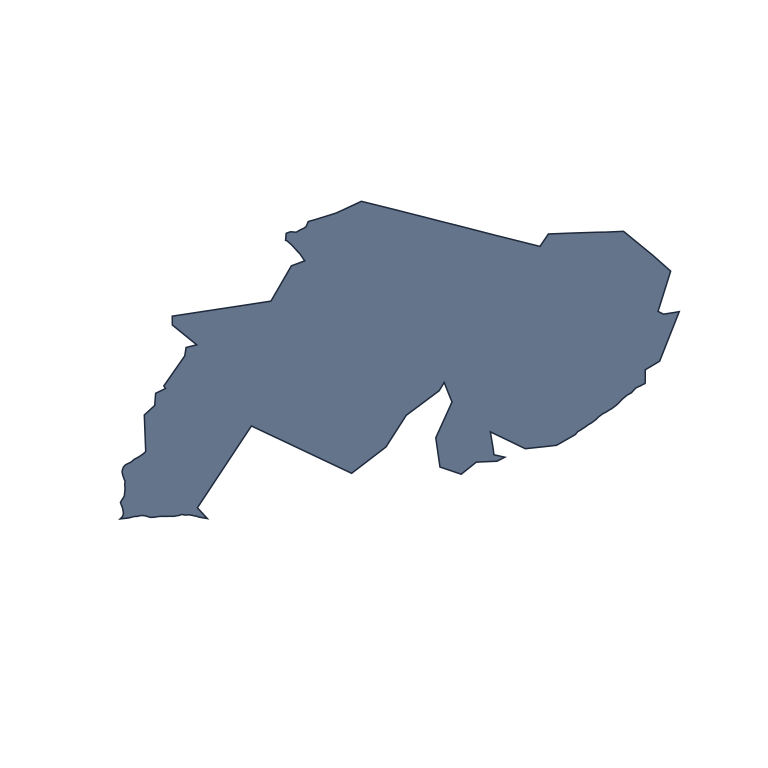 San Felipe Tejalápam, Oaxaca, Mexico (Mercator projection), rotated 36°
{"feature_id": "50627088B66881116588394", "entity_name": "San Felipe Tejalápam", "entity_type": "district", "adm_level": 2, "iso_a3": "MEX", "parent_name": "Mexico", "parent_adm1": "Oaxaca", "projection": "mercator", "projection_center": [-96.886, 17.081], "detail": "fine", "context": "isolated", "style": "filled", "palette": "slate", "viewbox_px": 768, "rotation_deg": 36, "n_neighbors": 0, "source": "geoboundaries", "source_scale": "gbopen_adm2", "svg_char_len": 2546}
<svg xmlns="http://www.w3.org/2000/svg" viewBox="0 0 768 768"><g transform="rotate(36 384 384)"><path d="M580.3,151.9L578.4,153.9L569.1,163.2L563.0,164.2L562.1,161.4L549.6,124.2L526.0,121.9L488.0,119.7L473.1,131.6L468.3,135.1L448.1,150.8L428.8,166.0L429.3,181.0L398.8,193.3L385.4,198.7L357.8,209.6L336.6,218.1L295.4,234.5L258.3,249.5L244.8,273.8L230.7,292.7L227.2,297.1L228.5,302.3L227.6,305.1L225.6,308.6L223.7,312.9L221.1,314.4L219.1,315.6L218.0,317.0L216.3,319.6L217.4,321.5L218.2,322.7L219.9,325.6L221.6,325.2L223.7,325.4L226.5,325.6L230.3,326.3L233.6,327.0L237.1,327.8L239.1,328.0L241.5,328.9L242.9,329.3L245.1,330.2L247.5,330.9L239.6,342.8L243.8,383.4L172.8,453.6L178.1,460.7L209.4,462.4L204.4,468.4L202.4,470.8L206.3,478.4L207.0,515.0L209.9,516.0L204.7,525.8L211.1,536.1L208.3,550.0L230.9,578.7L230.6,580.5L230.1,582.5L229.2,585.1L228.3,587.3L227.5,589.2L226.6,590.8L226.0,592.6L225.7,593.7L225.5,595.5L224.9,596.4L224.1,598.0L223.3,599.4L222.3,601.5L222.0,604.2L222.5,606.0L223.0,607.7L224.0,609.3L225.5,610.7L227.3,612.1L228.4,612.8L230.1,614.0L231.7,614.8L232.4,616.2L233.6,618.1L234.8,619.4L236.0,620.9L237.0,622.5L238.5,625.1L239.7,627.2L240.0,629.6L240.1,632.3L240.4,634.8L242.5,636.2L244.3,637.3L246.2,638.7L247.5,640.1L248.9,641.4L250.0,643.5L250.3,645.2L249.8,648.3L252.5,645.8L254.9,643.7L256.1,642.5L257.5,640.9L259.8,638.0L262.5,635.9L264.2,633.7L266.5,632.0L268.6,630.9L273.3,629.3L276.6,626.7L279.0,624.2L281.1,622.4L292.0,614.4L293.4,612.8L295.2,611.1L297.1,608.4L300.4,606.8L302.9,604.6L306.0,603.0L308.3,602.1L310.2,601.1L312.5,600.5L320.2,596.7L305.8,593.8L301.4,495.9L410.3,475.3L422.6,433.8L420.4,396.3L432.6,357.0L431.8,347.4L435.6,349.8L437.8,351.2L440.9,353.2L449.5,358.5L449.7,359.1L449.7,359.3L449.8,360.0L450.4,362.5L456.6,392.7L457.5,397.1L478.1,418.3L499.5,411.6L504.6,393.0L508.8,389.6L520.8,380.1L524.8,372.2L514.5,376.6L509.8,371.6L498.2,360.2L536.4,353.3L538.1,351.7L547.9,342.9L553.4,337.9L559.6,332.2L568.5,312.5L568.7,308.7L570.1,305.7L570.8,303.8L572.1,300.5L573.0,297.3L574.7,293.6L576.4,288.0L576.8,284.9L578.5,279.4L580.1,276.4L581.2,273.5L582.8,269.9L584.5,264.3L585.0,261.6L585.5,257.5L585.9,255.3L587.2,250.1L589.4,245.6L589.4,245.1L589.4,244.9L589.4,244.7L589.5,243.8L589.6,243.1L589.7,242.0L589.9,240.4L590.1,239.3L590.3,238.7L590.7,237.9L590.9,237.6L591.3,237.0L591.4,236.7L591.8,236.0L592.6,234.8L592.6,234.7L593.1,233.7L593.4,232.8L594.1,231.5L595.0,230.1L595.2,229.9L595.0,230.0L587.0,218.9L592.9,205.1L593.6,203.5L580.3,151.9Z" fill="#64748b" stroke="#1e293b" stroke-width="1.5"/></g></svg>